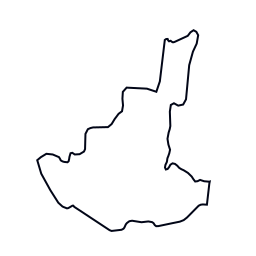 SVG path tracing the border of Sokoto, rotated 186°
{"feature_id": "NGA-2871", "entity_name": "Sokoto", "entity_type": "State", "adm_level": 1, "iso_a3": "NGA", "parent_name": "Nigeria", "parent_adm1": "", "projection": "equal_earth", "projection_center": [5.256, 12.709], "detail": "fine", "context": "isolated", "style": "outline", "palette": "ink", "viewbox_px": 256, "rotation_deg": 186, "n_neighbors": 0, "source": "natural_earth", "source_scale": "10m", "svg_char_len": 1610}
<svg xmlns="http://www.w3.org/2000/svg" viewBox="0 0 256 256"><g transform="rotate(186 128 128)"><path d="M133.6,23.9L135.7,24.5L154.4,34.2L173.1,43.9L173.7,44.4L174.1,44.9L174.5,45.1L175.2,44.9L179.0,42.1L180.3,41.7L183.9,42.7L185.0,43.1L189.5,46.4L198.7,58.0L209.5,73.5L214.9,86.5L211.6,89.9L206.5,93.8L200.1,93.8L193.6,91.8L192.5,90.4L191.5,88.8L190.3,88.2L189.1,87.8L187.7,87.6L184.6,87.6L183.6,88.7L183.3,90.9L183.2,93.2L182.5,96.9L180.8,97.5L178.2,96.1L173.4,96.9L169.3,100.0L168.5,102.5L169.7,117.7L167.8,122.6L165.4,124.0L162.9,124.9L148.0,126.8L144.7,130.2L142.2,135.5L138.8,141.2L135.7,144.0L135.3,149.9L136.6,156.5L136.9,163.4L133.6,168.0L113.3,169.1L103.6,167.0L101.2,177.7L100.6,219.4L99.3,220.5L97.9,220.7L97.2,219.3L96.2,218.5L95.5,218.9L94.7,219.2L93.6,218.4L92.2,217.9L90.8,218.4L78.2,225.9L75.9,229.7L73.0,232.1L70.1,230.8L67.9,227.6L68.5,219.1L71.4,210.7L73.7,196.9L73.3,162.6L75.6,157.1L80.4,155.5L84.9,157.4L87.8,155.4L88.1,148.7L86.1,134.4L86.4,131.1L87.1,127.8L87.6,121.4L86.1,115.8L83.9,110.8L84.3,107.2L85.1,103.8L85.5,102.6L85.7,101.3L85.7,99.6L85.9,98.0L86.9,95.3L87.1,92.6L86.0,90.7L84.3,91.4L83.0,93.5L82.0,95.9L80.0,97.5L77.5,97.2L75.1,95.7L72.9,93.7L70.6,92.6L68.2,91.8L63.7,89.6L59.6,86.4L57.6,83.9L55.6,81.8L53.2,82.4L50.9,83.9L46.7,83.0L41.6,83.1L41.1,83.3L41.3,81.3L41.5,60.0L45.7,59.8L47.7,59.3L49.6,58.1L60.0,45.1L63.0,42.2L66.6,40.3L74.5,37.8L87.6,33.6L89.7,33.3L91.2,34.2L92.7,36.1L94.2,36.9L98.0,37.2L104.7,35.7L114.2,36.2L116.4,35.6L117.2,35.2L119.2,33.3L120.1,31.9L121.2,28.6L122.0,27.3L123.8,26.1L133.6,23.9Z" fill="none" stroke="#020617" stroke-width="2"/></g></svg>